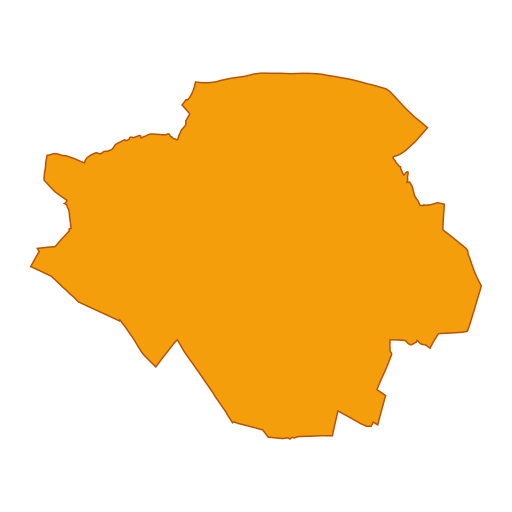 the district of Chau Thanh, Can Tho, Vietnam
{"feature_id": "81297802B15585210216113", "entity_name": "Chau Thanh", "entity_type": "district", "adm_level": 2, "iso_a3": "VNM", "parent_name": "Vietnam", "parent_adm1": "Can Tho", "projection": "natural_earth1", "projection_center": [105.82, 10.223], "detail": "fine", "context": "isolated", "style": "filled", "palette": "amber", "viewbox_px": 512, "rotation_deg": 0, "n_neighbors": 0, "source": "geoboundaries", "source_scale": "gbopen_adm2", "svg_char_len": 5400}
<svg xmlns="http://www.w3.org/2000/svg" viewBox="0 0 512 512"><path d="M371.1,426.4L373.3,422.1L377.7,424.9L379.1,419.5L385.2,396.8L385.7,395.6L377.0,389.7L377.2,389.1L378.9,384.7L380.6,380.7L385.0,371.0L387.1,366.2L388.9,361.6L390.1,358.3L390.6,356.8L390.9,356.3L391.1,356.0L391.4,355.6L391.5,354.9L391.6,353.9L391.6,353.4L391.3,352.8L390.4,351.5L390.1,350.8L390.0,350.0L389.9,345.0L390.0,340.1L390.1,339.7L391.2,339.8L396.6,339.9L402.1,340.2L404.6,340.5L404.9,340.6L405.7,340.9L407.5,342.9L408.8,343.9L409.2,344.2L409.9,344.5L410.4,344.7L410.9,344.8L411.2,344.7L411.9,344.5L414.5,343.1L415.8,342.4L416.4,341.9L416.7,341.3L417.0,340.4L417.2,340.5L417.7,340.8L418.5,341.7L419.4,342.7L420.2,343.4L421.0,344.0L422.7,344.5L424.2,344.7L425.9,345.1L426.3,345.4L427.3,346.1L429.8,348.1L430.0,348.2L434.3,340.1L435.0,339.0L435.5,338.4L438.5,333.6L452.5,332.9L462.9,332.2L465.0,331.7L467.0,331.5L467.4,331.2L470.3,323.0L472.0,317.0L474.4,309.4L476.5,302.0L477.0,300.5L478.2,296.6L480.2,289.9L481.3,285.9L480.9,285.1L477.3,278.2L473.9,270.3L472.7,266.8L472.6,266.5L471.6,263.8L470.6,260.8L468.6,255.1L468.2,254.4L468.1,254.0L467.8,252.1L467.6,250.4L466.7,249.2L466.4,248.8L463.6,246.3L460.5,243.9L454.3,238.8L453.5,238.1L451.7,236.8L448.4,234.1L443.5,230.4L442.8,229.2L443.3,219.2L443.6,215.1L443.7,213.4L444.3,204.2L441.1,203.5L437.7,202.7L434.3,203.7L430.0,204.9L424.8,205.2L424.7,205.1L424.2,204.9L423.9,204.8L423.7,205.0L423.2,205.5L422.9,205.6L422.7,205.5L422.1,205.4L421.7,205.4L421.3,205.4L420.1,205.5L418.5,201.8L417.9,200.8L417.2,199.7L416.2,198.5L414.4,195.2L413.4,191.3L412.8,188.5L412.5,187.4L412.0,186.2L411.1,184.5L410.4,183.4L409.6,182.0L409.1,182.1L408.1,182.5L407.8,182.5L406.9,182.4L407.4,181.5L407.7,180.7L407.6,179.3L407.5,176.9L407.8,175.2L408.2,172.9L408.1,172.3L407.9,171.9L407.4,171.8L407.1,171.8L405.5,173.2L404.9,174.1L404.4,174.7L404.1,174.9L403.7,175.0L403.5,174.9L400.7,168.5L400.5,166.9L400.3,166.7L399.6,166.5L399.2,166.3L398.2,165.0L396.3,162.7L395.9,162.3L395.6,162.0L395.5,161.5L395.3,161.0L395.0,160.6L394.8,160.3L393.2,158.5L393.1,157.5L393.4,156.8L393.6,156.6L397.1,155.5L400.1,154.2L405.1,150.9L415.4,141.5L427.5,127.7L420.5,121.7L415.0,117.4L405.3,108.1L399.0,101.3L395.2,97.1L390.4,92.1L388.8,90.7L386.1,88.9L385.4,88.7L384.5,88.4L379.0,86.8L372.7,85.0L366.2,83.5L359.7,81.6L354.0,80.2L352.0,79.7L347.3,78.7L341.2,77.7L335.2,76.6L329.4,75.7L325.7,75.1L323.2,74.5L317.7,73.8L310.3,73.4L303.1,73.3L296.7,73.5L290.6,73.7L281.4,73.3L272.7,73.3L261.2,73.1L253.9,74.0L245.5,76.2L231.3,78.2L221.3,80.3L215.7,81.9L208.7,82.7L201.7,82.7L195.5,82.0L194.5,86.5L193.3,90.3L190.2,96.7L188.9,98.4L188.0,99.4L187.5,99.9L187.1,99.9L186.7,99.7L186.4,99.6L186.0,99.7L182.6,104.3L182.0,105.0L185.3,108.6L188.8,112.7L189.2,113.1L189.5,113.6L189.6,114.0L189.6,114.5L189.4,114.9L187.7,117.5L186.4,119.9L185.8,120.9L185.8,121.0L185.8,121.6L186.0,123.4L185.9,124.3L185.6,125.0L185.0,125.9L182.0,129.4L181.5,129.9L181.1,130.9L179.4,134.3L178.4,137.2L177.7,139.5L177.5,139.8L177.4,139.8L177.1,139.8L176.4,139.6L175.7,139.2L174.4,138.9L173.6,138.6L173.3,138.5L172.9,138.2L171.8,136.9L171.5,136.7L171.1,136.7L170.5,136.5L170.2,136.0L169.5,134.5L168.9,133.9L168.6,133.9L168.0,133.9L165.8,134.8L165.4,134.8L164.2,134.8L157.0,134.3L151.9,134.0L150.4,134.1L149.1,134.4L146.7,135.4L146.3,135.7L141.1,137.9L141.0,137.6L140.8,136.4L140.7,136.0L140.4,135.7L140.2,135.6L139.9,135.5L139.5,135.5L138.9,135.7L135.1,137.1L133.8,137.6L133.0,137.6L131.9,137.3L130.8,137.1L130.5,137.1L130.2,137.3L129.7,137.8L129.3,138.3L129.3,138.7L129.2,139.3L129.0,139.5L128.9,139.6L128.5,139.7L128.3,139.7L128.1,139.8L126.8,140.6L126.7,140.6L126.4,140.6L126.1,140.4L125.4,140.2L125.0,139.9L124.6,139.9L123.1,140.5L120.3,142.0L117.8,143.1L115.3,144.7L114.3,146.1L113.4,147.6L112.4,149.0L111.1,149.9L109.2,150.5L107.5,151.3L106.1,151.2L104.9,151.4L104.0,151.4L102.5,152.6L100.7,153.8L98.5,153.5L96.4,152.6L94.3,153.4L90.7,155.1L87.1,157.7L86.1,159.1L85.2,160.6L84.5,162.8L83.4,162.5L79.9,161.1L76.5,159.6L75.3,159.0L72.3,157.9L69.3,156.9L66.5,155.9L64.8,155.6L63.2,155.6L61.6,155.3L59.6,154.6L57.9,154.0L55.2,153.6L52.8,153.9L50.0,154.8L47.0,155.4L45.8,162.4L45.3,168.7L44.6,172.1L44.0,178.1L44.2,180.3L49.0,185.5L53.9,190.7L55.3,192.0L60.4,195.7L64.7,198.8L67.0,200.3L65.7,202.9L64.4,203.5L66.9,205.1L67.3,207.0L68.7,209.8L69.3,212.8L69.5,216.1L70.6,224.0L71.0,228.5L69.1,229.0L69.1,231.1L60.3,240.6L55.2,246.6L48.8,247.1L37.3,248.4L39.2,251.5L35.7,257.5L30.7,266.6L35.8,268.9L41.6,271.6L47.3,274.4L51.4,276.3L59.1,283.5L62.8,287.3L66.0,290.0L70.7,294.6L72.6,296.0L77.5,301.0L78.7,302.1L119.5,320.9L119.9,320.0L125.5,327.2L130.6,334.7L133.8,339.3L137.8,346.0L141.9,352.5L144.2,355.3L146.1,357.3L146.8,358.0L155.8,366.9L163.3,356.9L168.1,350.9L174.8,342.2L176.9,340.3L177.4,339.8L184.2,351.6L189.7,359.5L191.7,362.2L198.3,371.5L203.0,378.4L203.7,379.4L212.7,392.4L214.8,396.0L226.6,413.0L226.6,413.6L230.3,419.3L232.5,422.7L233.2,422.1L234.2,422.0L238.6,423.6L241.7,424.3L247.8,425.9L262.6,429.8L265.1,433.1L268.2,437.2L271.8,437.5L282.2,438.6L287.4,437.9L288.5,438.0L289.1,438.6L289.5,438.9L290.3,438.9L290.8,438.5L291.4,437.8L292.0,437.4L292.4,437.4L293.3,437.6L294.0,437.9L294.7,437.9L295.9,437.3L297.3,436.8L299.1,436.6L303.3,436.4L313.6,436.1L320.3,435.7L332.4,435.8L333.2,431.7L334.7,425.1L337.1,414.5L337.9,410.9L358.8,422.5L360.6,423.6L366.7,426.3L371.1,426.4Z" fill="#f59e0b" stroke="#b45309" stroke-width="1.5"/></svg>